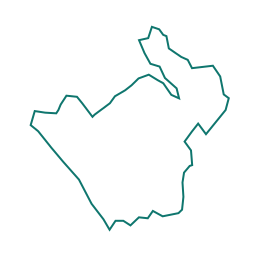 Fasoula Pafou, Paphos, Cyprus (Albers equal-area conic projection), rotated 96°
{"feature_id": "46923920B40214327074484", "entity_name": "Fasoula Pafou", "entity_type": "district", "adm_level": 2, "iso_a3": "CYP", "parent_name": "Cyprus", "parent_adm1": "Paphos", "projection": "albers", "projection_center": [32.631, 34.747], "detail": "fine", "context": "isolated", "style": "outline", "palette": "teal", "viewbox_px": 256, "rotation_deg": 96, "n_neighbors": 0, "source": "geoboundaries", "source_scale": "gbopen_adm2", "svg_char_len": 966}
<svg xmlns="http://www.w3.org/2000/svg" viewBox="0 0 256 256"><g transform="rotate(96 128 128)"><path d="M231.1,135.7L221.6,130.7L220.8,122.9L224.6,115.4L215.7,107.8L215.7,98.9L207.9,94.6L212.2,84.3L207.4,68.9L203.8,65.9L203.6,65.7L190.7,65.7L176.5,68.1L166.5,67.6L159.3,62.7L158.2,60.3L143.7,63.0L135.6,70.3L124.9,64.1L116.3,58.7L126.0,49.8L113.1,41.4L99.9,32.8L87.8,30.9L84.6,36.3L67.1,41.7L57.2,50.1L61.8,70.6L54.0,75.7L51.8,82.4L48.3,88.9L44.6,95.7L32.6,99.4L31.7,102.7L26.6,107.3L24.9,114.8L36.5,117.3L39.5,126.2L51.8,119.4L61.8,112.4L63.6,103.0L74.4,96.5L83.5,83.8L93.2,80.3L90.5,88.4L79.8,97.6L77.3,103.5L72.8,112.9L77.6,122.7L85.1,128.9L90.8,134.8L97.8,144.3L105.3,148.6L118.2,162.6L120.6,164.5L108.2,176.1L102.3,182.0L102.3,192.6L111.7,197.4L117.4,199.1L120.9,200.9L121.4,212.0L120.9,222.5L134.8,225.0L135.3,225.1L140.6,217.0L155.5,202.3L168.3,189.0L184.4,171.4L207.2,156.3L221.3,142.9L231.1,135.7Z" fill="none" stroke="#0f766e" stroke-width="2"/></g></svg>